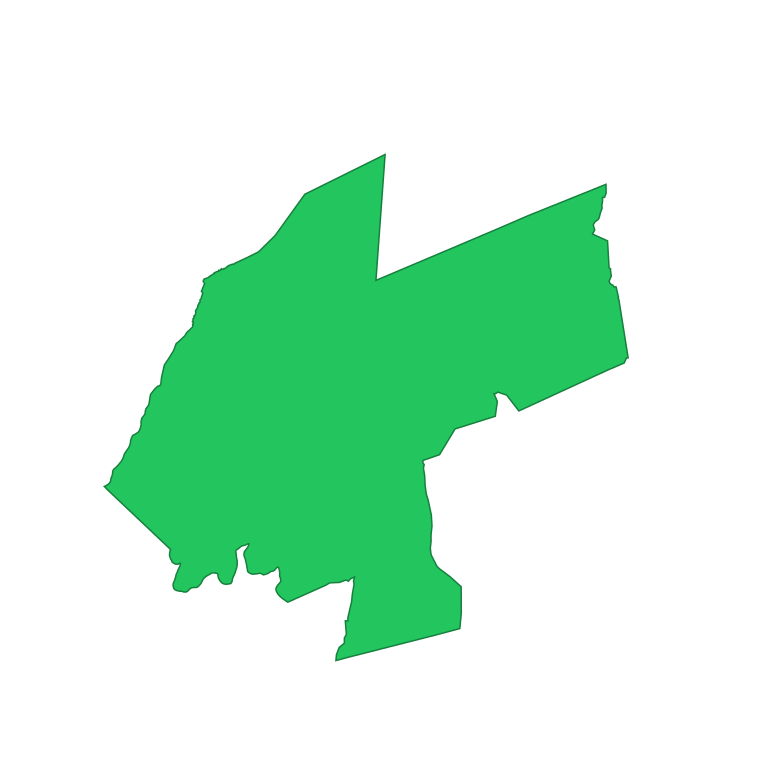 outline of Candela, Coahuila, Mexico, rotated 205°
{"feature_id": "50627088B44325844146536", "entity_name": "Candela", "entity_type": "district", "adm_level": 2, "iso_a3": "MEX", "parent_name": "Mexico", "parent_adm1": "Coahuila", "projection": "equal_earth", "projection_center": [-100.597, 26.828], "detail": "fine", "context": "isolated", "style": "filled", "palette": "green", "viewbox_px": 768, "rotation_deg": 205, "n_neighbors": 0, "source": "geoboundaries", "source_scale": "gbopen_adm2", "svg_char_len": 5979}
<svg xmlns="http://www.w3.org/2000/svg" viewBox="0 0 768 768"><g transform="rotate(205 384 384)"><path d="M267.2,658.8L324.5,597.5L346.9,572.3L384.4,530.7L435.1,474.5L480.0,592.5L535.9,522.6L545.4,472.6L553.5,450.8L561.7,440.5L570.4,430.1L570.8,428.9L572.0,428.6L574.9,425.6L575.4,424.6L575.8,424.3L576.2,422.5L577.5,420.9L577.8,421.0L578.0,420.4L579.2,419.5L580.0,419.8L580.1,419.5L580.3,418.2L580.6,418.2L581.0,417.2L581.6,417.2L581.5,416.9L581.5,416.6L581.6,416.4L581.8,416.5L581.8,416.2L582.0,415.9L582.6,415.6L583.5,414.6L584.7,413.2L584.4,412.9L584.8,412.6L584.7,412.4L584.7,412.0L585.3,411.4L586.2,410.0L587.7,407.6L588.6,405.7L591.3,403.2L591.5,401.5L591.0,400.3L589.8,399.9L588.9,399.1L589.1,397.9L588.8,395.3L588.9,394.4L588.8,393.6L588.7,393.1L588.8,392.6L588.4,391.7L588.7,390.9L587.2,390.1L586.5,389.5L586.5,389.4L586.5,389.2L586.5,388.7L586.5,388.3L586.4,388.0L586.3,387.8L586.3,387.5L586.3,387.1L586.3,386.4L586.3,386.1L585.9,384.6L585.8,384.2L585.9,383.8L585.9,383.6L586.2,383.2L586.3,382.7L586.2,382.6L585.9,381.5L585.5,380.9L585.4,380.5L585.4,380.2L585.6,379.8L585.9,379.2L585.9,378.9L585.6,378.4L585.6,378.1L585.7,377.8L585.7,377.6L585.9,377.0L585.9,376.8L585.7,376.3L585.5,375.1L585.3,374.3L585.4,373.7L585.4,373.0L585.4,372.6L585.5,372.2L585.7,371.7L585.8,371.5L585.8,371.2L585.6,370.7L585.5,370.2L585.4,370.0L585.2,369.6L584.8,369.2L584.7,369.0L584.6,368.5L584.4,367.8L584.4,367.5L584.4,366.0L584.5,365.8L584.5,365.7L585.0,365.4L585.1,365.2L584.9,364.9L584.4,364.2L584.1,363.8L584.0,363.6L584.1,363.4L584.6,362.8L584.7,362.4L584.6,362.1L584.1,361.4L584.0,361.1L583.9,360.7L583.9,360.4L584.0,360.2L584.1,359.7L583.7,359.4L583.3,359.2L582.9,359.2L582.7,359.1L582.5,358.8L582.5,358.5L582.5,358.3L582.5,358.2L582.5,357.9L582.7,357.2L582.5,356.9L582.4,356.8L582.0,356.7L581.7,354.4L584.0,348.7L584.6,346.8L584.9,343.5L587.2,337.6L589.4,332.8L588.8,325.2L589.9,316.2L591.1,308.4L588.4,295.9L586.3,289.7L586.5,287.8L588.1,286.4L589.6,282.8L591.2,275.8L588.6,266.6L588.4,264.9L589.3,261.1L589.0,259.0L587.9,255.7L589.1,250.3L588.9,250.2L588.7,250.0L588.7,249.9L588.7,249.2L588.6,248.6L588.4,247.5L588.0,246.6L587.3,245.2L586.9,244.6L586.7,243.7L586.1,240.3L586.1,239.7L586.1,238.3L586.2,237.4L586.3,236.9L586.8,235.8L588.0,233.8L589.6,231.8L589.9,231.2L590.1,230.6L590.1,230.2L590.1,229.1L590.0,227.3L589.9,226.5L589.7,225.6L589.3,224.2L588.8,222.7L588.6,221.6L588.5,220.5L588.5,218.6L588.6,217.8L588.7,217.1L589.3,214.0L589.6,212.0L589.7,211.2L589.7,210.7L589.6,210.0L589.5,209.2L589.3,207.7L589.2,206.8L589.2,205.3L589.3,203.9L589.4,202.8L590.0,200.9L590.3,199.3L590.6,198.4L591.4,196.0L591.7,195.1L592.3,193.8L592.6,193.2L592.8,192.7L593.0,191.7L593.0,191.1L593.0,190.3L592.8,189.7L592.6,189.2L592.2,188.4L591.9,186.9L591.7,185.9L591.6,183.8L591.5,182.8L590.8,180.7L590.8,180.2L590.8,179.7L590.8,178.9L591.0,178.2L591.2,177.5L591.6,176.6L592.0,175.9L592.4,175.3L592.8,174.6L593.2,174.1L594.2,173.0L590.0,171.3L507.4,143.8L507.4,142.3L507.0,140.8L506.4,139.0L505.7,137.6L504.7,136.6L503.6,135.4L502.0,134.3L501.0,133.3L499.5,132.8L497.7,132.6L496.1,132.8L495.0,133.5L494.2,134.0L493.2,135.5L492.5,135.2L492.1,133.4L492.0,130.4L492.1,127.8L491.8,125.9L491.9,123.6L491.3,121.1L490.8,117.5L490.8,115.4L490.6,113.6L489.7,111.6L488.6,110.6L487.9,109.7L486.3,109.2L484.6,109.2L483.1,109.5L481.8,109.8L479.8,110.6L478.7,110.8L477.7,110.8L476.7,111.3L475.6,111.7L474.6,112.8L474.0,114.2L473.2,116.7L472.3,117.8L471.2,118.7L467.9,120.4L467.0,121.4L466.4,123.0L465.9,124.6L465.5,126.3L465.5,127.7L465.5,129.2L465.4,130.5L465.3,131.4L464.7,132.8L463.6,135.0L462.7,136.3L461.9,137.4L461.0,138.6L460.5,139.6L459.5,140.4L458.4,140.9L455.8,141.7L454.8,141.7L454.1,141.2L453.0,139.4L452.2,138.3L449.6,136.4L448.0,135.6L446.4,135.1L444.7,135.1L442.9,135.6L441.3,136.4L438.5,138.4L438.2,139.6L438.4,141.3L438.7,142.6L439.1,143.9L439.1,145.4L439.1,147.5L439.1,149.6L439.4,151.5L439.8,154.9L440.3,156.8L440.8,158.5L441.9,160.7L442.5,162.0L443.9,163.7L445.9,167.0L446.6,168.2L447.6,169.5L447.7,170.1L447.8,171.1L447.3,171.6L446.8,172.4L446.1,173.8L445.6,175.1L444.8,176.5L444.1,177.4L443.3,178.1L442.3,178.7L440.8,180.4L440.0,181.4L439.1,182.1L438.8,181.5L438.5,180.1L438.5,178.5L438.9,176.7L439.3,174.9L439.6,173.6L439.6,172.5L439.2,171.1L438.5,169.6L437.8,168.7L436.7,167.6L435.6,166.6L434.4,164.9L432.5,162.6L431.4,160.9L430.2,159.2L429.2,157.7L428.3,156.5L427.3,156.1L426.0,155.8L424.4,155.8L422.9,156.1L421.4,156.8L419.4,158.0L416.7,159.9L414.9,160.4L413.9,160.1L412.6,160.1L411.8,160.7L409.2,163.1L408.5,164.2L407.9,165.3L407.3,166.2L405.4,167.7L404.6,168.8L404.1,170.2L403.9,171.3L403.6,172.2L403.0,173.0L402.4,173.3L401.6,172.8L400.3,171.1L399.1,169.5L398.3,167.9L397.6,166.2L396.8,165.1L395.8,164.4L395.4,163.4L394.5,162.5L394.2,161.2L394.4,160.0L395.2,157.3L395.6,154.7L395.6,153.4L395.1,152.2L394.2,150.9L391.9,149.1L390.4,148.3L388.2,147.5L386.1,146.8L383.9,146.4L379.0,145.6L351.4,177.4L349.2,180.8L340.2,185.5L339.3,186.6L335.6,190.3L332.9,190.2L332.0,193.3L329.1,196.6L328.4,192.5L326.5,189.9L323.8,179.9L321.4,173.1L318.0,157.0L316.6,154.1L319.0,153.0L312.3,141.2L312.6,137.0L310.4,132.4L313.3,126.3L312.7,118.6L310.7,113.0L301.2,121.0L231.5,178.0L211.9,194.4L217.2,209.2L228.4,232.9L242.8,237.3L255.7,240.0L258.9,241.1L269.2,249.2L272.6,254.7L274.8,261.2L277.5,266.9L280.5,275.6L285.8,285.4L295.1,297.7L299.2,302.2L303.9,309.5L308.4,318.1L312.7,324.4L313.5,327.9L315.6,329.1L316.3,331.3L307.9,339.4L303.8,343.4L300.6,373.3L269.5,401.8L273.9,416.1L280.2,421.7L278.7,422.5L277.5,424.7L268.2,425.8L250.4,416.6L195.5,481.3L187.0,491.3L175.2,504.5L175.2,505.5L175.3,510.0L173.8,510.9L206.9,559.9L208.1,560.6L208.0,561.5L214.7,570.1L216.7,569.2L218.3,570.3L221.1,570.4L223.4,572.1L223.6,577.9L226.2,581.8L227.4,584.2L229.1,584.4L241.9,608.2L258.4,608.0L258.1,612.6L261.7,616.8L261.3,620.2L259.4,623.6L259.2,625.5L260.2,630.4L260.6,635.5L262.1,637.9L262.9,641.3L264.7,645.4L263.0,646.4L263.3,650.8L267.2,658.8Z" fill="#22c55e" stroke="#15803d" stroke-width="1.5"/></g></svg>